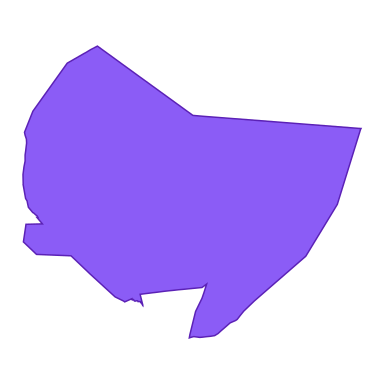 outline of Huitzilac, Morelos, Mexico
{"feature_id": "50627088B84118509654372", "entity_name": "Huitzilac", "entity_type": "district", "adm_level": 2, "iso_a3": "MEX", "parent_name": "Mexico", "parent_adm1": "Morelos", "projection": "albers", "projection_center": [-99.258, 19.057], "detail": "fine", "context": "isolated", "style": "filled", "palette": "violet", "viewbox_px": 384, "rotation_deg": 0, "n_neighbors": 0, "source": "geoboundaries", "source_scale": "gbopen_adm2", "svg_char_len": 1467}
<svg xmlns="http://www.w3.org/2000/svg" viewBox="0 0 384 384"><path d="M66.9,63.6L32.9,111.2L24.5,132.3L25.1,135.2L26.4,139.1L26.6,143.1L25.7,150.7L25.1,155.0L25.1,161.1L24.0,166.7L23.0,174.5L23.2,184.0L23.1,184.4L25.6,198.5L27.1,201.0L27.5,203.1L28.4,207.3L32.8,212.6L33.3,212.7L34.6,213.8L35.5,214.7L37.1,215.9L38.0,217.5L37.0,217.5L42.4,223.9L26.0,224.3L25.2,229.8L23.4,241.9L36.5,254.4L71.0,255.8L90.3,274.2L115.1,296.9L123.7,301.1L124.7,301.9L131.9,298.7L131.9,298.8L131.8,299.5L132.1,299.5L132.4,299.6L132.5,299.8L133.0,299.4L133.3,299.5L133.5,299.6L133.8,300.0L133.9,300.4L134.0,300.5L134.5,301.0L135.3,301.1L136.9,300.7L137.6,300.9L137.9,301.2L138.0,301.6L140.4,301.6L140.7,302.7L141.2,302.8L141.9,302.9L141.8,303.8L142.0,304.0L142.4,304.7L142.5,304.9L142.6,305.0L142.7,305.5L142.8,305.6L142.8,305.3L142.8,305.1L140.1,294.3L152.9,292.7L154.9,292.5L165.0,291.2L169.6,290.7L172.8,290.4L175.4,290.1L178.0,289.8L182.6,289.4L202.0,287.5L206.6,284.1L204.0,292.5L202.0,298.3L195.6,311.4L189.9,334.5L189.3,337.9L191.4,337.2L193.8,336.6L197.0,337.0L199.8,337.4L203.0,337.1L206.2,336.7L210.4,336.3L214.7,335.6L218.1,333.5L220.7,331.1L227.7,325.0L228.5,324.3L230.0,323.0L230.3,322.8L235.6,320.5L237.2,319.4L240.3,315.4L243.7,311.2L254.4,300.9L305.8,256.2L337.3,204.4L360.5,129.5L361.0,128.5L358.9,128.4L282.2,122.4L203.3,116.3L192.9,115.4L138.0,75.6L97.4,46.1L90.7,49.6L85.4,52.8L84.4,53.3L67.3,63.1L66.9,63.6Z" fill="#8b5cf6" stroke="#5b21b6" stroke-width="1.5"/></svg>